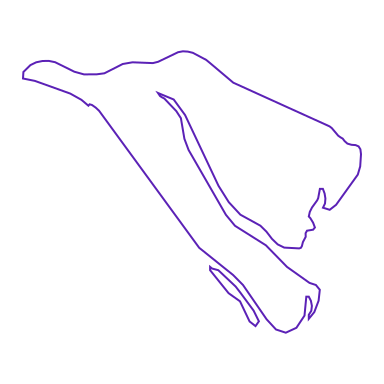 SVG path tracing the border of Bến Tre
{"feature_id": "VNM-504", "entity_name": "Bến Tre", "entity_type": "Province", "adm_level": 1, "iso_a3": "VNM", "parent_name": "Vietnam", "parent_adm1": "", "projection": "equal_earth", "projection_center": [106.493, 10.078], "detail": "fine", "context": "isolated", "style": "outline", "palette": "violet", "viewbox_px": 384, "rotation_deg": 0, "n_neighbors": 0, "source": "natural_earth", "source_scale": "10m", "svg_char_len": 1567}
<svg xmlns="http://www.w3.org/2000/svg" viewBox="0 0 384 384"><path d="M210.2,63.2L233.3,82.7L329.6,126.4L331.8,128.1L338.2,135.7L340.6,137.4L342.7,138.6L344.6,141.1L347.4,143.6L351.5,144.8L355.6,145.1L358.6,146.4L360.4,149.3L361.0,154.2L360.2,166.4L357.8,174.6L336.1,204.8L329.7,209.8L323.0,207.7L325.0,203.5L325.4,198.5L324.6,193.5L322.9,188.9L319.9,188.9L318.2,198.1L317.2,200.3L312.0,207.5L309.8,211.9L308.8,216.5L310.3,218.1L313.1,222.7L314.9,227.5L313.1,229.7L307.0,230.7L305.6,233.2L305.7,236.8L302.9,242.1L301.9,246.1L300.9,247.8L299.2,248.4L284.2,247.6L277.7,244.4L272.0,238.9L266.4,231.6L260.4,225.7L240.4,214.7L228.8,202.2L218.5,185.8L185.1,115.1L173.7,99.5L158.0,93.0L160.1,96.1L162.3,97.5L164.3,98.5L176.3,111.1L180.9,118.2L184.4,138.8L188.6,150.0L225.9,214.8L235.0,225.8L265.9,245.3L287.0,266.9L309.5,282.9L315.9,285.0L319.8,289.8L318.6,300.7L314.3,312.1L308.8,318.8L308.8,314.8L311.3,310.8L311.9,305.9L310.9,300.8L308.8,296.7L306.3,296.7L304.5,315.6L296.4,327.8L285.8,332.7L276.0,329.5L266.6,319.3L243.0,285.0L233.1,275.0L199.2,247.8L99.1,110.8L95.7,107.6L92.0,105.0L89.6,104.3L88.4,105.7L81.4,99.8L70.3,93.6L34.9,80.9L23.0,78.5L23.4,72.0L30.4,65.1L36.2,62.3L42.5,61.0L48.8,60.9L55.1,62.2L74.3,71.7L84.0,74.4L96.8,74.3L104.4,73.3L122.7,64.0L132.5,62.3L152.9,63.1L158.1,61.8L178.1,52.2L182.9,51.3L187.8,51.6L192.8,52.8L206.2,59.9L210.2,63.2ZM240.4,292.7L253.6,310.6L258.9,321.3L255.5,326.1L249.6,321.5L240.0,301.3L228.6,293.2L210.1,270.2L210.1,266.9L212.0,268.5L218.3,270.2L235.6,286.5L240.4,292.7Z" fill="none" stroke="#5b21b6" stroke-width="2"/></svg>